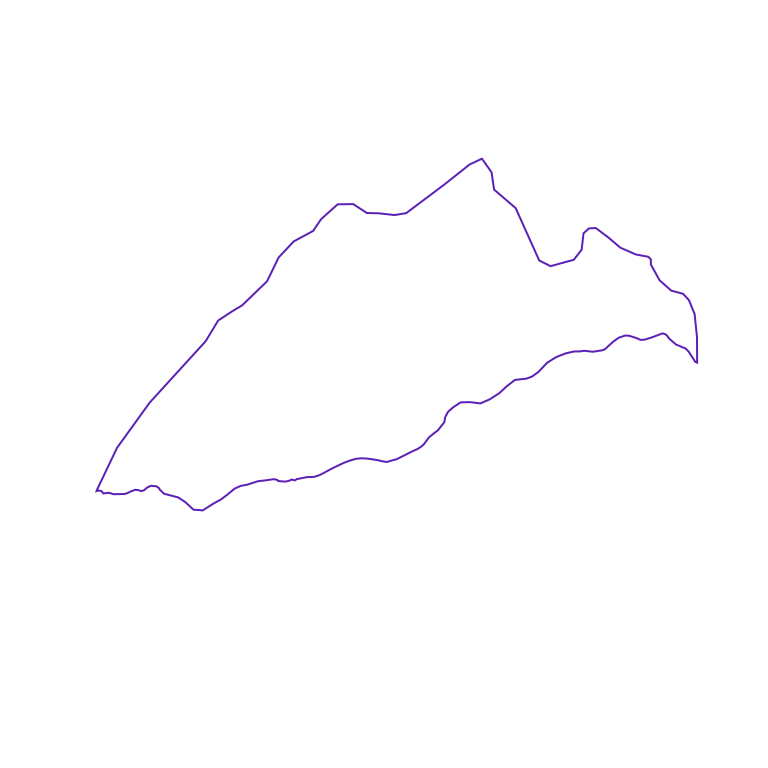 outline of Mayo-Tsanaga, Extrême-Nord, Cameroon, rotated 233°
{"feature_id": "32672807B48868778994443", "entity_name": "Mayo-Tsanaga", "entity_type": "district", "adm_level": 2, "iso_a3": "CMR", "parent_name": "Cameroon", "parent_adm1": "Extrême-Nord", "projection": "natural_earth1", "projection_center": [13.657, 10.578], "detail": "fine", "context": "isolated", "style": "outline", "palette": "violet", "viewbox_px": 768, "rotation_deg": 233, "n_neighbors": 0, "source": "geoboundaries", "source_scale": "gbopen_adm2", "svg_char_len": 1984}
<svg xmlns="http://www.w3.org/2000/svg" viewBox="0 0 768 768"><g transform="rotate(233 384 384)"><path d="M534.5,289.8L525.5,267.3L510.2,185.8L493.7,132.4L472.5,91.6L471.5,90.0L470.7,91.9L468.5,93.9L465.5,94.0L462.8,98.6L461.2,100.0L458.9,101.5L452.4,110.4L451.3,113.3L450.5,117.4L449.3,121.6L446.9,124.1L444.6,125.6L443.6,128.2L443.8,133.0L442.9,136.7L440.2,139.6L439.4,140.6L436.1,141.7L434.5,141.3L431.9,141.8L428.7,142.3L417.4,151.3L409.4,154.2L398.3,156.2L393.9,161.3L392.2,163.0L391.1,176.2L389.9,184.6L389.9,191.8L390.3,201.0L390.3,202.0L388.8,208.4L385.8,214.4L382.4,224.4L377.1,233.6L374.4,238.6L371.7,241.0L370.2,241.1L365.7,246.1L364.1,249.1L363.1,253.0L360.7,254.7L360.5,257.1L356.0,266.4L351.8,272.4L350.0,277.8L347.4,294.0L345.3,304.1L343.4,310.6L341.1,316.7L338.8,320.3L338.4,321.1L334.9,325.3L327.2,333.0L323.2,336.2L321.6,337.9L320.2,339.0L316.3,349.0L313.2,366.1L311.9,371.6L311.6,376.3L311.9,379.7L314.3,387.7L314.6,394.1L314.5,398.9L317.2,409.1L320.9,413.2L323.3,418.6L323.8,425.4L323.2,434.1L318.0,441.5L314.2,445.5L310.5,449.2L309.4,453.8L308.1,459.4L307.3,470.5L308.3,480.6L308.5,491.0L302.7,500.7L300.9,506.2L300.7,514.5L302.8,527.2L301.9,537.5L299.2,547.3L295.7,555.2L291.8,560.6L290.2,563.7L284.0,570.3L279.6,578.5L278.8,581.1L279.4,587.4L279.9,593.1L279.7,599.4L277.5,605.9L275.0,608.8L268.7,613.3L264.9,615.4L262.5,618.9L259.7,627.0L256.8,637.0L253.5,639.1L248.2,639.1L239.7,641.0L230.7,646.3L226.6,646.8L214.5,645.9L212.6,646.9L232.8,662.0L253.0,674.2L267.5,678.0L276.1,677.1L285.7,669.6L300.9,666.5L318.6,669.0L323.0,672.1L326.6,671.6L336.0,663.0L350.6,654.8L365.8,651.4L381.1,647.0L384.9,641.3L384.3,634.1L372.3,622.6L369.0,610.4L377.9,587.9L389.2,582.3L445.2,595.0L473.0,588.9L488.3,597.3L505.0,597.8L507.8,584.6L507.0,552.2L507.1,504.5L512.6,494.1L523.7,482.3L530.9,473.2L546.2,467.7L555.4,455.1L553.5,433.0L548.9,419.5L552.2,397.8L548.5,376.1L536.4,352.4L532.2,318.0L533.4,306.7L534.5,289.8Z" fill="none" stroke="#5b21b6" stroke-width="2"/></g></svg>